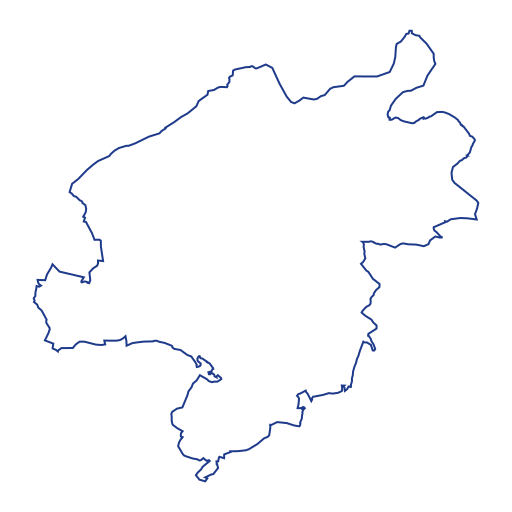 Teaca, Bistrita-Nasaud, Romania
{"feature_id": "2599482B42785641357283", "entity_name": "Teaca", "entity_type": "district", "adm_level": 2, "iso_a3": "ROU", "parent_name": "Romania", "parent_adm1": "Bistrita-Nasaud", "projection": "robinson", "projection_center": [24.501, 46.902], "detail": "fine", "context": "isolated", "style": "outline", "palette": "blue", "viewbox_px": 512, "rotation_deg": 0, "n_neighbors": 0, "source": "geoboundaries", "source_scale": "gbopen_adm2", "svg_char_len": 5987}
<svg xmlns="http://www.w3.org/2000/svg" viewBox="0 0 512 512"><path d="M199.5,479.7L205.2,481.3L207.3,478.4L205.2,477.4L211.2,474.5L213.3,474.1L218.1,468.0L217.1,464.2L216.7,464.2L216.5,461.4L218.2,461.4L218.8,457.8L219.4,456.8L224.1,458.2L224.2,454.4L230.6,452.0L230.3,451.3L237.6,451.2L245.8,450.3L248.7,449.3L257.3,444.1L264.0,438.4L267.6,436.9L269.2,435.3L270.3,427.8L270.2,424.8L271.2,425.0L277.2,422.1L286.8,423.1L294.3,425.5L299.3,426.3L300.1,425.3L300.4,423.5L300.1,423.2L300.2,422.4L301.8,418.7L302.0,415.7L302.5,413.7L302.4,412.0L303.2,409.9L304.8,408.2L303.9,407.3L302.5,409.0L302.0,408.9L302.1,407.6L301.3,408.1L297.6,408.1L298.5,404.4L299.0,398.9L298.6,397.5L297.0,395.8L298.5,394.0L299.9,393.7L305.7,390.6L306.0,391.8L307.8,394.0L311.3,401.1L312.1,399.6L311.9,398.5L313.0,396.8L323.1,394.9L328.9,393.1L332.4,393.6L337.8,392.9L340.8,391.6L342.1,390.7L342.1,387.5L341.8,385.5L344.2,385.6L343.5,386.2L344.5,387.7L344.9,390.9L347.1,389.2L348.6,386.5L349.7,386.4L350.3,387.1L350.9,386.9L351.0,384.6L352.0,381.2L351.9,378.4L352.8,375.2L353.1,371.4L354.4,366.8L356.1,362.7L356.9,359.1L358.3,356.1L359.9,350.8L363.3,341.8L363.8,342.3L367.0,342.5L370.9,344.9L372.7,350.4L374.1,350.6L375.2,349.0L373.6,344.5L371.4,341.1L370.8,339.0L368.7,335.8L368.1,335.7L368.4,333.8L376.5,328.6L376.6,325.5L373.4,322.6L371.4,319.6L365.5,315.9L361.6,312.6L362.3,311.2L365.1,308.0L366.3,306.9L369.5,305.1L370.5,303.7L370.7,300.1L370.4,299.0L371.6,297.0L373.6,295.1L373.9,293.3L376.1,290.0L379.3,287.3L379.6,285.0L379.5,284.0L372.8,278.7L368.4,271.9L366.4,270.6L361.0,263.8L363.2,261.9L365.3,258.4L364.3,253.7L364.6,251.6L363.6,246.8L363.9,244.6L363.2,242.4L362.4,241.8L368.5,241.8L371.0,241.3L373.7,242.1L374.1,242.7L376.7,243.8L378.3,243.8L380.1,244.6L384.0,243.9L386.6,244.3L395.1,247.6L400.5,244.0L403.3,243.4L408.3,244.3L416.3,244.6L423.8,246.2L428.4,244.2L430.1,240.4L435.3,236.5L439.4,237.5L442.5,237.5L440.4,236.4L436.6,232.2L434.4,230.5L433.7,228.7L433.7,227.2L445.3,222.2L445.1,221.3L447.0,221.7L450.6,219.3L460.4,218.0L467.3,218.3L476.7,219.5L475.0,214.2L477.0,208.7L478.3,203.0L476.7,200.6L454.4,182.8L452.2,179.6L451.5,172.7L453.0,167.0L457.4,163.6L460.1,160.7L461.8,160.2L463.8,158.3L466.5,157.4L467.2,156.3L466.9,155.7L467.8,155.7L467.4,155.2L469.8,152.5L471.4,147.0L472.5,145.4L472.9,143.9L474.7,140.9L474.8,139.5L474.2,138.7L472.2,136.6L470.0,135.9L468.9,133.5L463.4,126.3L462.4,126.2L461.8,124.9L460.8,124.8L460.0,122.6L458.5,121.1L457.9,119.9L454.7,117.4L449.1,114.1L444.7,112.4L442.2,111.9L437.0,112.1L430.9,116.4L429.2,116.7L428.5,117.5L425.4,118.7L424.4,118.3L423.7,118.6L423.8,117.4L423.4,117.2L419.5,119.0L419.1,119.7L415.4,121.8L414.6,122.8L412.4,123.3L404.0,121.4L400.7,120.1L398.2,118.1L395.6,117.5L391.7,119.7L389.6,119.8L389.4,118.4L389.9,117.9L389.6,117.5L388.3,117.2L387.6,114.6L388.2,111.7L389.6,110.2L391.0,105.6L395.8,98.8L402.9,92.2L407.5,90.9L411.0,90.7L416.4,87.8L423.4,85.6L427.5,75.5L435.4,63.9L434.2,61.0L433.7,57.4L433.7,53.8L426.6,43.7L420.1,37.3L419.4,35.8L415.6,35.2L411.9,33.3L411.8,30.8L409.5,30.7L408.5,33.6L406.3,33.9L404.5,37.0L400.8,41.6L396.7,43.9L395.9,47.6L395.3,56.9L393.8,63.6L389.7,72.0L377.0,76.5L354.4,76.4L347.6,81.8L343.9,85.8L333.4,87.2L330.1,88.8L324.7,95.1L321.0,96.1L317.1,98.8L313.9,99.5L303.3,97.6L299.4,100.6L294.5,103.3L291.1,102.0L286.7,96.6L279.5,83.6L272.3,67.9L265.8,64.5L256.7,68.4L255.3,68.3L252.5,66.2L251.0,66.3L250.1,67.0L245.7,67.2L235.1,69.5L233.1,70.6L232.7,75.4L229.7,76.8L229.0,78.2L229.5,78.9L229.4,82.0L227.2,84.7L227.6,86.1L227.0,87.2L221.0,86.9L218.3,87.4L213.9,90.0L208.2,91.0L207.5,94.7L198.7,101.0L196.3,106.3L187.6,113.4L181.0,117.1L174.1,122.2L165.3,127.7L165.6,128.4L161.5,131.1L159.4,133.4L149.0,136.6L135.3,143.3L128.6,145.8L126.3,145.8L119.0,148.0L114.4,150.7L110.7,154.1L109.4,156.0L98.1,161.0L93.1,164.7L86.9,170.0L78.2,179.0L72.1,183.8L69.6,192.1L71.8,193.6L73.9,196.1L76.1,196.7L79.9,200.4L81.3,200.9L82.3,202.0L82.4,202.9L85.4,205.2L86.2,208.9L85.6,212.5L83.2,216.7L85.0,217.6L83.8,221.5L86.0,222.0L92.0,233.2L94.5,239.8L99.2,239.7L100.8,240.6L100.9,246.6L103.1,261.1L98.0,260.5L98.0,263.4L97.2,265.7L93.2,268.3L89.4,272.4L90.3,280.3L89.1,283.2L87.6,282.8L87.7,282.2L85.6,281.6L84.3,281.5L82.0,282.4L81.4,282.1L81.4,281.2L83.8,277.3L59.5,271.6L52.5,264.3L51.0,267.8L47.0,274.5L45.2,280.2L37.6,279.9L38.2,282.8L39.3,284.4L41.0,285.6L39.1,286.7L36.6,286.0L36.3,288.6L35.5,292.1L35.3,296.1L33.7,298.3L34.6,300.5L34.0,302.0L37.2,304.6L38.3,307.6L41.3,310.2L42.2,311.5L46.6,319.7L46.2,321.1L46.4,323.0L49.6,328.0L49.7,329.4L48.5,333.0L44.9,340.4L53.3,343.6L52.6,348.4L56.1,350.0L57.9,351.5L58.1,350.5L61.4,348.1L72.8,348.0L75.9,344.3L79.6,341.7L84.5,341.7L95.9,344.6L101.6,345.0L105.2,344.4L104.3,340.6L116.4,340.7L120.2,340.0L123.3,338.2L125.5,336.2L126.4,341.1L126.6,345.7L132.2,343.2L134.1,342.8L143.7,341.6L153.1,341.4L153.8,340.9L156.4,340.7L159.3,341.8L164.6,342.9L171.7,345.7L172.3,346.4L172.4,347.5L174.4,348.9L180.5,350.0L187.3,355.0L191.2,356.4L195.2,362.0L196.7,364.7L196.5,365.5L196.8,367.0L198.8,366.6L200.0,365.9L200.7,364.8L200.6,363.4L198.0,361.3L197.5,360.3L197.4,358.8L198.0,357.3L199.0,356.2L199.6,356.1L200.5,358.2L202.3,358.5L207.3,361.9L207.1,362.3L209.5,363.3L213.1,368.1L213.3,368.9L212.3,369.4L211.8,370.8L210.7,371.6L208.4,372.2L208.9,374.2L209.8,374.2L209.6,373.7L211.7,372.8L212.3,373.7L212.9,373.6L214.3,374.8L214.5,376.3L216.5,377.3L216.3,376.7L217.8,375.2L221.0,377.9L221.3,379.1L217.3,381.7L214.2,381.6L211.9,382.2L208.6,381.0L207.2,379.4L199.9,375.2L196.6,380.5L193.0,383.5L191.6,387.1L188.4,391.5L187.5,395.1L182.4,407.4L177.1,408.6L172.2,411.8L171.3,414.0L171.7,416.3L171.7,420.8L172.4,424.0L173.0,425.0L177.3,428.2L182.6,431.2L181.1,433.1L180.8,434.9L180.9,436.5L182.6,437.2L180.4,439.9L179.0,442.6L178.1,446.2L182.8,454.1L184.1,455.5L185.7,456.2L192.7,458.5L197.2,459.3L199.6,460.5L201.0,460.1L203.3,458.1L206.6,460.8L209.8,460.0L209.1,460.5L209.7,461.0L202.6,466.8L201.1,469.4L197.9,472.4L195.9,475.2L199.5,479.7Z" fill="none" stroke="#1e3a8a" stroke-width="2"/></svg>